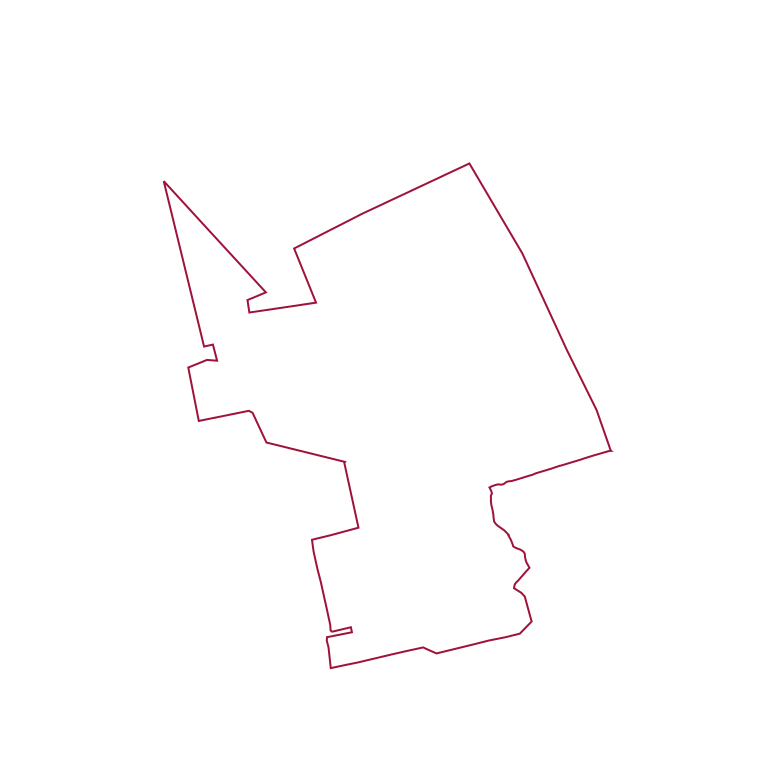 outline of Santa María Guelacé, Oaxaca, Mexico, rotated 151°
{"feature_id": "50627088B91353096656527", "entity_name": "Santa María Guelacé", "entity_type": "district", "adm_level": 2, "iso_a3": "MEX", "parent_name": "Mexico", "parent_adm1": "Oaxaca", "projection": "mercator", "projection_center": [-96.612, 16.991], "detail": "fine", "context": "isolated", "style": "outline", "palette": "rose", "viewbox_px": 768, "rotation_deg": 151, "n_neighbors": 0, "source": "geoboundaries", "source_scale": "gbopen_adm2", "svg_char_len": 1917}
<svg xmlns="http://www.w3.org/2000/svg" viewBox="0 0 768 768"><g transform="rotate(151 384 384)"><path d="M199.7,431.1L200.3,453.9L202.4,535.5L320.7,543.5L396.9,546.1L404.0,488.1L467.1,511.8L462.7,523.6L442.9,521.4L462.6,602.9L478.3,668.2L523.2,504.0L514.5,501.4L518.7,485.3L527.2,490.9L547.2,493.3L563.9,441.5L515.3,426.1L512.9,422.6L515.2,389.8L455.9,334.8L456.9,334.4L475.6,272.0L476.0,270.7L504.0,277.6L522.5,282.7L526.8,271.6L531.4,256.2L531.9,254.5L535.3,241.3L540.5,223.8L540.7,223.2L541.5,220.3L547.9,199.1L550.2,194.3L549.7,192.8L549.1,192.4L532.0,187.6L530.9,187.3L531.3,186.0L532.4,182.4L556.6,190.2L558.5,187.2L560.2,180.6L568.3,161.3L552.2,156.4L541.8,153.1L527.8,149.2L508.2,143.7L494.4,139.7L477.4,134.6L475.6,132.0L472.2,127.5L470.6,125.4L468.7,122.9L451.9,118.3L432.5,113.0L416.6,108.8L400.4,103.6L386.2,99.8L370.0,104.7L367.8,113.9L365.9,121.7L363.9,129.9L365.1,134.7L369.3,142.4L367.3,144.8L366.4,145.5L364.4,146.4L362.1,147.0L358.5,148.3L351.4,150.9L345.9,152.7L345.9,154.6L345.9,159.0L345.6,160.7L344.6,164.1L344.0,165.6L343.3,166.8L343.1,168.5L343.5,170.2L344.2,171.6L345.1,173.1L346.8,175.1L348.1,176.7L349.2,178.3L349.7,179.5L349.3,181.0L348.6,185.9L348.6,189.4L348.6,191.2L348.1,191.4L348.2,191.7L348.4,192.4L348.6,193.4L349.5,196.8L350.1,198.4L352.1,202.5L353.6,205.7L354.2,208.3L354.3,210.6L353.2,213.3L353.1,213.6L352.9,214.1L351.7,216.7L350.5,220.1L349.7,222.6L348.9,225.8L347.2,230.0L346.3,231.2L345.5,233.1L344.5,234.6L342.6,236.0L342.2,237.9L342.0,239.7L341.9,242.4L338.6,242.2L335.4,241.6L332.8,240.9L330.9,239.5L329.6,238.8L327.8,238.5L326.2,238.7L324.4,239.0L322.0,238.4L319.9,237.4L315.8,236.4L300.9,233.3L298.7,232.7L295.8,232.4L294.0,232.2L292.8,231.9L285.0,230.2L279.9,229.1L269.6,227.2L269.0,226.9L248.6,222.5L244.6,221.8L235.0,219.8L231.1,218.9L219.6,216.3L217.9,215.5L218.0,215.7L210.7,258.1L207.6,324.9L199.7,431.1Z" fill="none" stroke="#9f1239" stroke-width="2"/></g></svg>